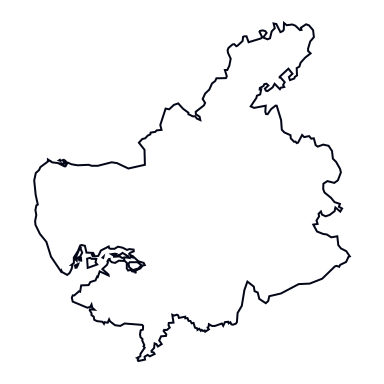 Port Loko, Northern, Sierra Leone (Albers equal-area conic projection)
{"feature_id": "65957751B90762568654783", "entity_name": "Port Loko", "entity_type": "district", "adm_level": 2, "iso_a3": "SLE", "parent_name": "Sierra Leone", "parent_adm1": "Northern", "projection": "albers", "projection_center": [-12.858, 8.766], "detail": "fine", "context": "isolated", "style": "outline", "palette": "ink", "viewbox_px": 384, "rotation_deg": 0, "n_neighbors": 0, "source": "geoboundaries", "source_scale": "gbopen_adm2", "svg_char_len": 5921}
<svg xmlns="http://www.w3.org/2000/svg" viewBox="0 0 384 384"><path d="M300.9,27.7L301.5,29.9L300.0,30.1L295.4,25.7L292.3,24.5L286.7,25.2L284.0,23.0L283.8,29.7L282.8,31.1L280.4,32.1L276.3,24.0L273.6,23.5L274.8,28.2L271.7,31.4L270.0,38.3L267.5,39.3L263.2,37.5L266.6,32.9L265.4,31.2L262.9,30.4L260.0,30.9L259.5,31.7L262.2,37.3L260.8,38.5L248.6,42.2L246.5,36.3L244.3,36.3L243.1,36.8L242.6,41.0L237.5,45.7L236.3,46.2L234.3,44.2L232.6,44.4L228.5,47.9L227.6,50.1L228.0,52.8L230.7,58.7L229.3,65.8L227.3,70.0L224.9,70.0L226.8,76.4L225.9,78.1L216.4,78.3L215.2,81.0L212.0,83.5L209.3,89.6L205.1,93.6L202.7,99.0L205.1,102.9L203.9,105.4L195.7,111.8L195.9,114.2L199.6,116.7L200.3,120.1L196.9,118.6L195.0,116.2L193.0,116.4L188.4,114.2L188.4,112.7L183.1,108.8L178.2,103.4L173.9,104.9L169.2,109.3L165.6,108.6L160.3,125.0L161.5,129.9L156.6,130.4L155.2,131.9L150.6,132.6L150.3,134.4L147.7,135.6L145.2,138.3L142.3,139.0L138.9,142.7L144.5,149.8L144.9,164.8L128.4,168.5L117.0,163.1L111.6,162.3L97.8,165.8L91.7,165.8L88.6,164.8L77.6,165.3L71.6,164.3L67.6,162.6L65.5,166.3L64.4,166.3L57.8,163.0L52.3,162.4L47.9,159.5L47.9,161.0L48.6,161.0L40.4,167.1L39.0,170.1L35.8,173.0L34.2,180.5L35.7,195.0L37.8,204.6L36.4,205.3L35.4,210.0L36.3,215.1L35.1,221.1L35.5,224.9L39.9,233.9L46.4,241.9L51.0,256.7L61.0,271.5L61.4,270.6L62.0,272.0L67.2,274.9L69.6,273.0L71.6,269.0L72.5,264.9L71.5,264.9L73.9,262.9L73.8,257.6L77.9,251.2L80.2,245.5L81.6,245.0L84.9,245.8L86.5,252.6L93.1,252.9L95.0,256.4L98.3,255.9L100.9,250.5L108.7,246.5L109.1,248.1L110.4,248.8L114.5,248.8L118.0,246.7L122.6,247.7L127.0,249.9L129.3,249.1L133.6,249.6L133.8,251.3L130.4,252.7L129.2,253.8L129.5,254.7L132.6,256.0L138.4,261.3L143.7,262.9L144.8,265.1L142.7,265.5L140.3,268.4L134.4,271.1L135.7,272.0L135.7,273.3L135.0,271.9L132.0,271.3L130.9,269.9L128.1,270.5L126.8,268.4L126.8,262.8L124.4,260.7L124.3,259.5L123.4,260.9L118.8,260.7L115.1,262.9L111.8,262.2L109.8,260.4L109.7,258.9L108.8,259.1L107.4,261.4L108.0,262.2L107.0,264.8L102.4,269.1L108.4,274.4L108.6,275.5L99.7,271.4L97.8,277.0L97.1,276.6L95.5,280.4L90.4,282.0L88.6,285.1L81.2,285.4L80.1,291.7L79.0,291.3L74.3,295.4L72.8,295.4L71.8,297.7L72.7,301.6L87.3,307.7L90.3,306.9L91.5,304.5L92.3,307.7L94.5,309.7L90.0,309.4L89.7,310.2L91.5,313.2L91.5,315.1L93.7,316.7L94.3,319.8L96.9,321.1L102.5,321.8L104.0,323.8L104.7,322.2L107.7,322.7L109.1,319.4L110.0,321.3L115.0,325.2L120.3,325.9L124.6,323.5L142.2,324.9L143.1,326.0L142.9,329.6L140.7,330.3L140.0,334.3L140.5,337.2L142.5,339.1L142.2,340.4L144.3,345.1L143.5,346.3L144.7,347.7L140.5,353.8L140.3,356.3L137.1,357.9L138.3,358.6L137.7,359.9L138.3,361.0L145.0,359.6L144.6,356.7L147.7,354.9L149.8,356.3L154.6,354.0L153.7,352.5L151.6,351.9L151.5,350.8L154.1,348.0L154.6,343.4L156.4,344.1L157.9,346.5L161.7,344.1L159.2,340.4L161.1,336.3L166.0,335.9L166.3,334.3L163.6,331.0L164.1,329.9L166.8,330.0L169.7,327.6L168.5,325.1L168.8,323.0L173.5,322.6L172.3,314.8L174.1,315.6L176.8,314.7L178.2,315.4L178.9,317.9L185.2,316.7L185.3,318.3L187.5,318.1L188.5,320.8L190.4,321.0L191.7,323.3L193.5,322.9L195.0,327.7L197.3,328.4L197.5,329.9L199.3,328.8L200.8,330.8L201.7,329.9L203.1,331.0L204.7,330.5L205.2,331.7L208.9,329.3L207.6,327.6L208.6,326.7L208.9,324.2L212.1,326.0L215.1,325.9L221.9,323.5L223.2,325.8L225.0,322.1L228.2,321.8L228.7,323.3L230.4,322.3L231.4,324.4L233.0,324.7L235.8,323.7L236.9,322.2L237.6,313.0L241.8,305.8L244.4,290.0L247.4,281.6L253.8,286.6L254.6,291.2L257.7,292.5L259.3,298.9L265.8,303.2L268.2,301.0L269.3,296.2L280.9,293.5L298.7,284.1L309.7,283.6L322.2,278.7L335.0,266.3L336.8,265.9L339.2,266.8L340.2,264.8L346.1,262.0L348.5,256.8L349.8,256.4L346.3,251.2L340.9,248.4L338.3,245.1L337.3,236.3L331.2,237.3L326.9,234.5L323.3,234.0L317.0,231.5L313.3,224.6L317.6,223.9L316.5,220.5L319.1,216.4L318.6,213.8L320.9,211.5L322.0,214.6L325.6,216.3L329.7,214.9L334.6,211.2L335.4,207.5L340.3,211.6L342.1,208.5L338.9,206.8L339.9,203.9L334.5,202.1L331.0,197.8L324.5,192.5L323.2,189.1L323.4,183.7L327.4,181.1L334.3,182.9L337.9,180.3L340.9,172.4L340.0,168.8L336.1,161.9L332.9,158.7L332.0,151.0L328.6,145.8L323.2,144.6L317.8,146.6L315.7,145.2L313.8,138.3L311.3,138.7L309.1,136.1L304.2,137.1L302.1,135.0L298.1,142.6L296.7,143.1L295.5,141.6L294.1,141.8L290.8,138.4L290.5,135.2L284.3,132.4L281.8,129.7L281.1,120.1L276.7,105.7L275.6,105.6L271.1,109.1L267.6,114.2L266.0,114.0L265.3,111.8L265.7,105.7L254.1,107.9L250.7,106.4L256.4,97.9L256.9,95.7L260.2,94.4L261.2,89.4L259.7,89.5L259.8,88.0L263.5,86.0L264.3,84.2L266.4,83.7L268.4,85.5L264.9,88.6L265.9,90.7L267.5,91.1L272.6,87.4L274.6,83.8L279.9,89.2L280.8,87.7L284.2,87.0L283.1,85.0L284.7,82.2L280.9,77.9L279.6,77.5L279.7,76.8L288.4,68.7L292.5,73.8L288.9,77.0L290.0,80.1L294.3,78.5L294.9,76.8L297.0,75.5L296.7,68.1L299.4,66.6L300.6,62.7L305.1,57.7L310.6,53.4L308.1,51.0L308.1,48.5L310.2,41.5L313.9,37.1L313.1,30.2L309.0,25.4L306.1,24.3L300.9,27.7ZM137.4,262.2L129.7,262.2L128.5,263.7L129.2,267.3L132.9,270.1L138.5,268.4L141.4,265.1L137.4,262.2ZM91.4,258.8L90.1,257.8L87.1,258.7L87.7,267.9L97.2,264.5L95.5,262.4L96.3,259.0L91.4,258.8ZM127.9,256.2L122.5,252.9L120.4,254.5L113.1,256.8L119.6,256.4L122.3,258.0L125.1,257.3L129.1,257.9L127.9,256.2ZM82.2,252.7L80.8,249.2L79.2,249.5L75.2,258.9L80.1,256.6L82.2,252.7ZM81.2,260.6L81.0,257.9L78.7,258.5L79.3,260.4L81.2,260.6ZM76.6,267.6L78.0,264.9L78.3,263.9L75.0,265.4L75.5,267.8L76.6,267.6ZM116.0,253.9L114.8,253.7L111.4,254.2L113.9,255.7L116.0,253.9ZM63.7,159.8L62.3,160.3L66.0,161.8L65.4,160.8L63.7,159.8ZM94.0,256.1L92.8,254.0L91.9,254.6L92.8,256.3L94.0,256.1ZM66.8,162.9L65.9,162.3L63.4,161.3L64.9,163.0L66.8,162.9ZM133.0,257.5L131.4,256.1L130.5,257.0L133.0,257.5ZM75.6,259.6L76.7,260.7L76.8,259.0L75.6,259.6ZM59.9,159.8L59.0,160.4L60.4,160.9L60.4,160.6L59.9,159.8ZM102.6,257.6L103.2,257.9L103.5,256.7L102.6,257.6ZM66.3,164.1L66.5,163.4L65.2,163.5L66.3,164.1ZM79.9,248.4L80.8,247.7L80.5,247.2L79.9,248.4ZM62.3,163.9L61.6,163.3L61.1,163.3L61.5,163.8L62.3,163.9Z" fill="none" stroke="#020617" stroke-width="2"/></svg>